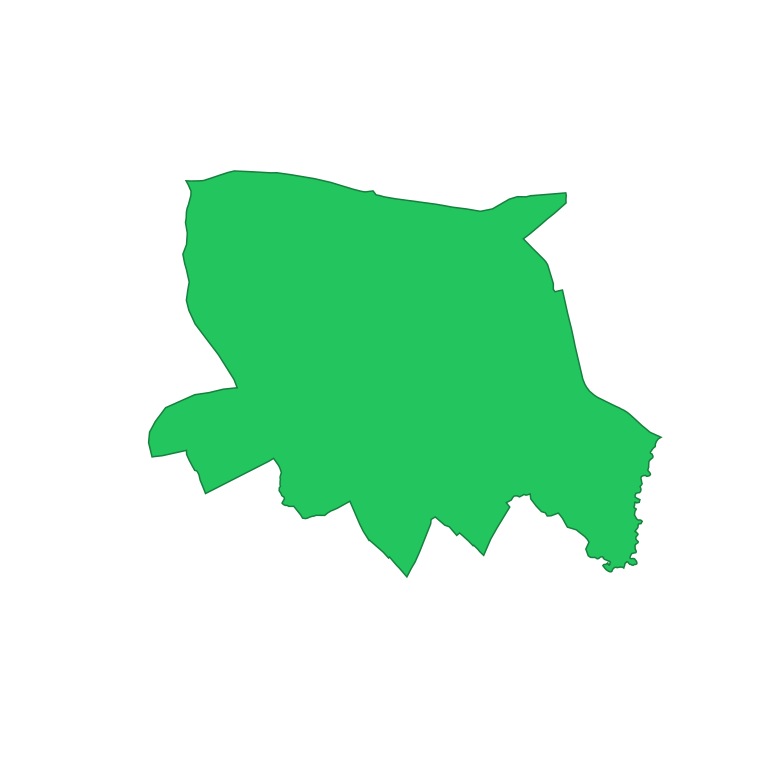 the district of Nassarawa, Kano, Nigeria, rotated 157°
{"feature_id": "59680162B98184498564097", "entity_name": "Nassarawa", "entity_type": "district", "adm_level": 2, "iso_a3": "NGA", "parent_name": "Nigeria", "parent_adm1": "Kano", "projection": "orthographic", "projection_center": [8.564, 12.008], "detail": "fine", "context": "isolated", "style": "filled", "palette": "green", "viewbox_px": 768, "rotation_deg": 157, "n_neighbors": 0, "source": "geoboundaries", "source_scale": "gbopen_adm2", "svg_char_len": 5439}
<svg xmlns="http://www.w3.org/2000/svg" viewBox="0 0 768 768"><g transform="rotate(157 384 384)"><path d="M142.0,488.9L158.0,494.2L164.6,496.4L175.4,500.0L180.2,500.8L188.0,504.3L196.5,505.2L215.8,502.8L227.8,505.3L239.5,512.8L251.7,519.9L259.3,524.9L261.2,526.2L261.5,526.3L265.6,529.0L268.5,530.7L275.9,535.1L279.8,537.4L301.4,550.2L301.7,550.4L311.0,556.4L314.4,559.2L314.6,559.3L317.4,561.2L318.1,564.0L318.6,566.0L325.3,567.9L326.3,568.2L327.5,568.9L329.7,570.3L336.5,575.5L354.3,590.4L359.1,593.9L367.8,600.2L378.3,606.9L387.7,612.9L399.7,620.1L401.0,620.7L405.5,622.5L417.2,628.3L428.3,633.7L438.6,638.6L445.1,639.7L452.3,640.3L464.0,641.2L470.6,641.8L474.5,643.1L482.7,646.4L486.8,648.4L486.3,643.5L486.3,639.9L486.3,636.8L488.1,633.0L494.0,625.4L496.4,622.9L498.7,619.5L501.2,614.1L503.6,610.3L506.1,599.8L511.3,589.5L518.4,582.1L520.4,572.8L521.1,566.8L523.5,553.9L528.0,547.0L530.6,542.6L533.2,538.3L534.8,528.2L534.8,527.8L534.6,520.6L534.4,513.1L533.3,508.7L528.7,490.3L525.0,475.8L520.3,446.7L520.6,437.9L533.9,442.0L548.3,444.4L562.4,448.1L594.3,447.5L609.1,438.9L618.6,431.3L623.6,422.0L624.4,417.2L626.0,407.5L623.7,406.9L616.0,404.6L591.8,400.1L593.2,396.2L593.1,390.2L592.6,384.3L592.0,378.5L590.4,377.3L590.0,375.8L589.8,372.7L590.8,367.3L590.9,360.5L591.0,355.2L591.1,352.9L520.1,357.9L514.7,358.7L512.8,350.0L512.7,346.8L513.1,342.6L515.9,339.2L516.6,337.4L516.7,336.4L517.2,335.8L517.9,334.5L518.4,333.3L518.8,332.6L519.1,331.5L519.2,330.4L521.0,329.3L521.1,329.0L522.2,326.8L521.6,323.2L521.7,321.2L520.3,319.0L520.6,317.0L522.2,316.0L524.4,314.2L523.8,312.6L522.4,310.9L520.5,310.0L519.6,308.7L517.5,307.7L514.8,306.6L511.8,295.8L511.4,292.4L508.9,290.8L506.8,290.4L504.4,290.5L501.6,290.2L499.8,289.7L497.9,289.7L489.9,286.2L486.2,287.3L485.0,287.5L482.3,287.9L480.7,287.8L475.3,287.9L468.8,288.6L461.2,289.4L461.1,264.3L460.6,256.3L458.9,245.9L458.4,246.0L450.4,229.5L447.8,222.0L446.5,222.5L444.0,214.5L442.9,211.3L442.0,209.1L439.9,202.5L438.3,197.5L430.8,203.7L424.8,208.1L416.4,216.0L402.9,229.7L395.6,237.1L393.6,240.9L388.8,241.6L383.2,230.3L379.7,227.1L376.2,216.2L372.6,217.3L370.5,212.9L367.4,206.2L366.2,203.0L365.2,200.3L364.4,200.5L362.1,195.0L361.4,192.4L359.2,187.3L346.3,199.6L336.1,207.4L326.1,214.6L316.3,221.6L317.8,227.0L314.7,227.2L312.1,227.5L309.5,229.4L307.8,230.0L305.1,229.0L304.2,228.0L303.3,227.1L298.2,227.6L297.2,226.5L296.0,226.0L292.4,225.6L293.8,220.9L291.6,212.2L290.3,208.7L288.9,205.0L288.4,204.6L285.8,202.4L285.3,198.7L281.6,197.4L274.0,197.1L273.2,194.7L272.2,190.8L271.1,180.6L263.8,174.5L263.3,173.3L258.8,165.2L257.6,161.7L257.1,158.3L262.7,153.2L263.1,146.1L261.6,143.7L259.6,142.7L258.0,142.2L256.8,141.0L256.1,139.8L254.8,139.5L253.8,139.7L252.3,140.2L250.8,139.8L249.8,138.7L250.2,137.9L249.5,136.4L248.1,135.0L246.7,133.6L245.7,132.6L245.2,131.5L246.0,130.9L246.7,129.6L247.5,129.3L248.1,130.4L247.9,131.9L248.8,131.6L250.2,131.3L251.4,131.7L252.3,131.9L253.5,131.3L252.7,128.1L252.1,126.4L250.7,124.2L249.7,123.1L248.4,122.4L247.5,122.5L246.1,123.9L244.4,124.8L242.8,124.9L241.9,124.6L241.3,123.9L239.9,123.6L238.1,123.2L236.7,122.5L235.8,121.9L235.2,120.9L234.4,121.9L233.3,123.0L232.5,124.4L231.6,124.9L230.5,125.1L230.0,125.5L229.4,125.3L229.0,124.4L228.7,123.3L228.3,122.2L227.1,121.2L226.5,120.4L225.3,119.8L224.0,120.0L222.8,119.6L221.6,119.7L221.1,120.5L220.9,121.5L221.0,122.7L221.3,123.7L221.6,124.9L222.1,125.6L223.2,126.2L224.5,126.5L225.2,127.0L225.6,127.8L224.8,128.9L223.9,129.8L222.1,131.1L220.6,130.9L219.2,130.6L218.2,130.3L217.4,130.9L217.1,132.2L217.3,133.7L216.5,136.2L215.7,137.7L214.6,138.2L213.1,138.5L212.5,138.6L211.8,139.1L211.6,139.7L212.0,140.5L212.4,141.3L212.7,142.8L212.3,144.0L211.6,144.9L210.7,145.3L209.8,145.8L209.1,146.1L208.9,146.6L208.9,146.9L209.2,147.7L209.6,148.7L209.9,149.7L210.4,149.7L210.6,150.0L210.3,150.5L209.3,151.1L207.9,151.8L206.6,152.5L206.0,153.2L205.4,154.5L204.6,155.6L203.9,155.6L203.1,155.3L201.9,155.1L201.0,155.9L200.0,156.6L200.3,157.7L201.5,158.9L202.8,159.2L203.7,160.2L204.2,161.6L204.6,165.5L203.6,167.4L202.5,169.0L201.5,169.6L200.7,170.3L200.9,171.0L201.9,171.8L202.0,172.6L201.6,173.7L200.7,174.5L199.9,176.1L199.5,177.0L198.5,176.9L198.2,176.0L197.2,175.7L195.3,175.3L193.6,177.6L194.8,178.8L196.2,180.5L197.0,182.0L196.2,183.7L194.8,184.8L193.3,184.8L191.5,184.2L190.1,184.6L189.6,185.2L188.8,186.2L188.4,187.6L188.4,189.5L187.4,190.0L186.2,190.6L185.4,191.3L185.1,193.2L184.7,194.8L184.4,196.7L183.8,197.8L182.7,198.3L181.0,198.3L179.1,197.7L178.4,196.5L177.5,196.1L175.6,195.9L174.3,196.4L173.9,197.0L174.0,198.3L174.9,201.5L174.0,202.7L172.8,204.1L172.0,206.0L170.5,209.0L168.9,210.1L167.1,210.7L165.4,211.2L164.6,212.4L164.7,214.9L165.7,216.0L165.5,217.2L164.2,217.9L161.3,219.7L158.8,220.4L157.5,222.9L155.5,224.8L152.9,226.3L149.8,226.7L155.2,232.6L157.9,235.5L162.5,244.4L162.6,244.5L166.5,253.2L168.2,256.9L169.5,259.7L171.2,262.9L173.5,266.2L175.0,267.8L176.5,269.8L180.0,273.6L181.2,275.0L182.6,276.6L187.1,281.8L189.2,284.3L190.1,285.3L192.6,288.2L194.8,291.5L197.6,297.1L198.8,301.9L199.2,305.0L199.1,310.7L193.4,343.7L191.8,351.5L189.8,362.0L188.1,372.9L187.9,373.8L187.5,376.6L186.7,380.9L183.0,400.8L186.8,401.5L190.5,402.1L191.2,404.9L188.9,410.2L186.8,429.7L187.3,433.3L188.5,436.8L194.5,451.5L199.0,463.2L191.1,465.2L175.0,470.2L170.0,471.9L161.3,474.3L160.9,474.4L145.7,479.5L144.2,483.3L142.5,486.5L142.0,488.9Z" fill="#22c55e" stroke="#15803d" stroke-width="1.5"/></g></svg>